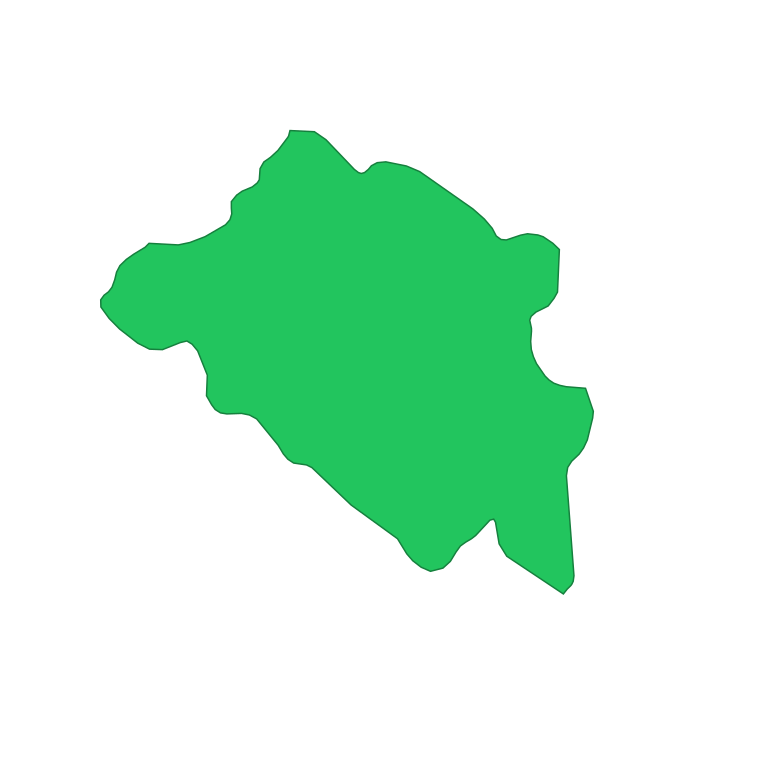 outline of Guelma, rotated 63°
{"feature_id": "DZA-2218", "entity_name": "Guelma", "entity_type": "Province", "adm_level": 1, "iso_a3": "DZA", "parent_name": "Algeria", "parent_adm1": "", "projection": "orthographic", "projection_center": [7.375, 36.384], "detail": "fine", "context": "isolated", "style": "filled", "palette": "green", "viewbox_px": 768, "rotation_deg": 63, "n_neighbors": 0, "source": "natural_earth", "source_scale": "10m", "svg_char_len": 1742}
<svg xmlns="http://www.w3.org/2000/svg" viewBox="0 0 768 768"><g transform="rotate(63 384 384)"><path d="M152.0,529.5L166.7,504.1L169.8,492.7L171.5,476.6L170.2,452.9L167.7,446.7L163.3,442.4L157.9,440.1L152.2,437.2L148.8,429.5L147.8,422.8L148.6,411.9L147.3,405.6L145.4,402.4L135.8,396.6L131.6,390.2L130.5,382.3L127.8,372.6L120.6,357.8L119.7,356.4L115.5,352.7L127.6,331.5L140.0,324.8L179.3,313.0L184.0,310.8L186.1,308.7L186.8,305.4L185.7,300.5L183.8,296.1L183.7,289.6L186.9,281.5L199.9,265.1L210.9,255.8L268.4,225.3L282.6,219.7L294.4,216.9L303.1,216.8L308.4,214.1L311.2,209.6L313.4,194.7L315.3,187.9L321.1,179.2L325.1,175.3L335.2,169.7L343.8,166.7L380.9,187.7L384.9,193.7L389.0,202.3L388.9,216.0L390.5,222.2L393.3,225.2L401.2,227.3L403.9,228.6L412.7,234.0L420.2,237.1L427.5,238.5L435.1,238.9L450.0,236.9L455.4,235.1L460.3,232.4L465.0,228.0L469.2,222.8L479.3,206.4L503.4,209.9L509.0,213.5L526.1,228.2L531.6,235.3L535.1,242.0L538.0,251.8L541.7,258.2L548.5,263.1L641.1,301.8L645.7,305.0L647.7,307.6L648.4,309.0L649.9,313.8L652.5,319.5L593.2,352.8L578.7,354.0L557.8,347.4L554.2,347.6L553.4,351.4L560.6,371.1L561.6,376.4L562.0,383.0L563.0,389.5L566.4,396.1L572.1,405.3L574.8,415.0L572.0,427.6L564.1,434.1L554.6,438.6L545.7,440.8L528.0,442.2L477.0,468.2L425.7,486.2L420.9,489.8L413.4,500.4L407.4,503.8L400.7,505.4L390.6,506.1L357.3,513.3L350.5,518.0L345.5,524.3L339.3,537.6L335.5,542.8L330.1,546.0L324.2,547.0L313.9,547.5L295.9,537.4L269.9,535.0L261.4,536.9L256.2,540.1L254.6,546.7L252.8,565.8L246.5,577.1L235.8,584.9L215.0,594.6L200.9,599.1L186.9,601.3L180.4,598.2L177.8,593.1L176.8,587.6L174.3,582.4L168.9,576.6L162.9,571.5L158.6,565.5L156.0,557.0L154.7,548.0L153.7,534.7L152.0,529.5Z" fill="#22c55e" stroke="#15803d" stroke-width="1.5"/></g></svg>